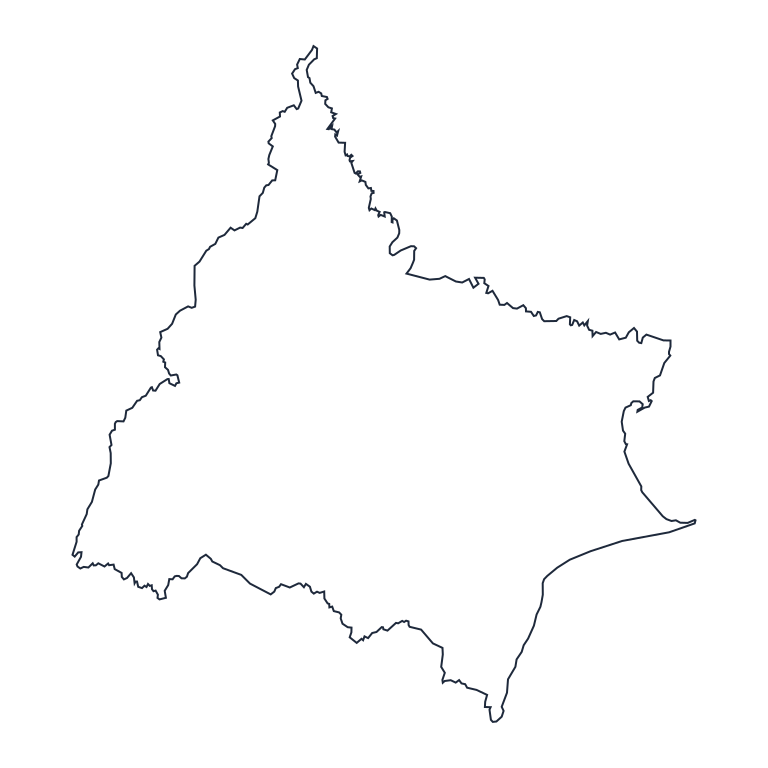 Soanierana Ivongo, Analanjirofo, Madagascar
{"feature_id": "10022922B56427545477040", "entity_name": "Soanierana Ivongo", "entity_type": "district", "adm_level": 2, "iso_a3": "MDG", "parent_name": "Madagascar", "parent_adm1": "Analanjirofo", "projection": "equal_earth", "projection_center": [49.223, -16.67], "detail": "fine", "context": "isolated", "style": "outline", "palette": "slate", "viewbox_px": 768, "rotation_deg": 0, "n_neighbors": 0, "source": "geoboundaries", "source_scale": "gbopen_adm2", "svg_char_len": 6074}
<svg xmlns="http://www.w3.org/2000/svg" viewBox="0 0 768 768"><path d="M313.5,46.1L312.0,49.9L304.8,59.5L299.8,59.0L297.1,64.6L297.8,68.1L295.0,69.2L292.1,73.6L294.2,78.1L297.9,80.5L298.1,86.5L301.5,100.7L298.2,108.5L296.7,109.1L293.8,105.3L287.2,107.8L284.7,111.8L282.7,111.1L279.8,112.5L280.0,116.5L272.8,120.4L275.2,123.9L275.1,126.2L271.3,136.2L271.7,138.1L268.4,141.6L268.7,143.4L272.8,146.4L269.3,155.0L268.4,159.0L268.9,162.9L268.1,164.4L277.3,170.1L275.2,180.3L272.2,180.4L268.5,185.0L266.3,185.3L264.3,187.6L262.8,192.9L259.5,196.3L257.3,211.7L255.3,218.2L247.7,224.5L246.2,223.8L242.6,228.0L240.1,227.6L234.5,230.4L230.6,227.7L224.5,234.9L218.4,237.6L215.3,243.9L210.1,246.8L208.9,249.1L206.3,250.7L199.5,261.6L194.6,265.8L194.4,285.5L195.7,299.7L195.1,306.6L191.7,307.8L188.1,306.4L180.0,310.7L175.8,314.5L172.1,323.8L167.6,328.8L160.2,332.1L161.4,337.6L159.3,342.0L159.5,348.9L158.4,348.3L157.1,349.7L158.0,355.3L160.8,356.1L163.9,359.4L163.3,361.7L165.2,362.5L165.0,367.2L168.0,369.9L169.1,373.5L170.8,375.5L176.3,374.5L177.4,375.3L179.2,382.6L176.4,383.3L175.0,385.9L169.4,383.2L168.7,379.0L167.4,379.1L159.7,384.0L155.5,390.7L153.1,390.5L151.9,387.2L150.9,387.6L145.8,395.7L141.9,397.2L139.8,400.2L137.1,400.8L132.3,407.8L126.3,410.6L125.3,417.7L123.5,421.4L117.2,421.1L115.7,422.1L114.9,423.8L114.9,429.7L112.0,430.7L109.6,434.7L111.5,445.0L109.5,447.1L110.7,453.1L110.8,463.3L108.4,476.0L106.8,477.7L99.0,480.5L98.3,484.6L95.2,489.5L91.9,501.9L87.4,509.3L86.7,514.1L81.9,524.5L82.3,525.9L79.1,530.8L78.7,534.5L76.6,537.1L76.6,541.8L72.5,554.8L74.7,556.6L78.2,552.4L81.5,552.2L81.0,556.8L76.7,564.5L77.5,566.5L80.3,568.5L83.7,566.9L88.4,567.5L92.7,563.3L93.7,565.4L95.9,565.3L98.3,563.3L104.5,566.5L108.1,563.5L109.1,565.2L113.6,564.6L114.7,569.1L121.6,572.9L121.8,576.9L123.9,579.4L127.0,578.0L131.1,573.2L133.9,577.4L134.6,583.3L135.6,581.5L137.0,581.5L138.2,586.8L142.0,588.1L144.5,585.7L146.5,587.0L148.0,584.0L149.8,585.9L151.7,585.3L152.0,589.2L153.5,591.2L155.6,590.6L157.9,594.7L157.5,597.9L159.5,599.4L165.9,597.8L164.7,590.8L168.2,585.1L169.3,579.1L172.6,579.3L174.7,576.4L176.5,575.9L178.9,576.0L181.5,578.3L184.8,578.4L186.9,576.7L188.1,573.1L197.1,564.2L200.3,558.2L205.9,554.7L210.8,558.8L212.3,561.5L220.0,565.2L223.0,568.2L241.3,574.9L250.0,583.6L270.7,594.4L274.3,591.6L275.8,588.1L279.1,586.8L281.0,584.2L289.8,587.5L298.5,583.4L300.5,583.6L303.9,587.2L305.9,583.9L309.9,586.7L311.4,591.6L313.8,593.6L317.0,591.7L319.7,592.9L324.2,591.5L324.4,598.5L327.6,603.4L329.2,603.9L329.4,607.4L332.2,606.6L333.8,611.1L339.1,612.4L341.3,614.7L340.7,618.4L342.5,623.7L347.7,627.2L351.5,627.6L351.4,632.3L349.7,637.3L356.7,642.9L361.5,638.8L363.1,640.2L364.5,636.4L368.1,638.1L372.2,633.0L376.5,632.0L381.7,627.1L383.0,627.3L383.4,629.3L387.5,630.6L396.0,622.9L398.2,623.3L402.2,620.9L404.1,622.0L406.1,620.7L408.5,621.4L408.6,625.0L409.6,626.8L421.1,629.6L432.9,643.4L442.5,647.9L442.8,654.5L441.2,666.9L444.8,672.8L442.4,679.9L442.8,682.7L444.7,681.0L450.7,680.2L455.7,682.6L459.1,680.1L461.5,683.4L465.2,684.2L467.1,687.7L476.5,689.9L487.1,694.9L485.2,701.7L484.9,707.0L490.6,707.2L489.5,709.7L490.9,719.8L492.8,721.9L496.4,721.5L501.7,716.7L503.6,710.9L501.7,706.8L507.0,692.7L508.0,679.3L515.4,666.8L516.6,659.4L521.7,651.9L523.7,645.2L528.1,638.6L533.9,625.7L536.6,614.5L540.4,606.8L541.5,602.1L542.8,594.7L542.7,583.2L544.1,579.2L547.3,575.9L557.2,567.7L569.8,559.7L590.6,551.2L622.0,541.0L669.1,532.3L694.7,523.4L695.5,520.3L694.8,519.9L687.7,522.9L680.3,522.7L675.9,520.3L671.5,521.0L666.4,519.1L662.8,516.3L642.3,492.3L641.2,490.1L641.3,486.4L628.6,463.7L624.4,451.6L627.1,444.3L625.8,444.1L624.3,441.2L625.2,433.7L623.0,430.6L621.7,421.7L623.8,411.1L625.5,407.6L630.8,405.2L631.3,403.1L633.3,401.3L639.5,401.4L642.7,404.2L642.2,407.5L637.7,409.9L637.4,411.7L644.7,407.6L649.0,406.6L651.7,401.1L650.7,400.2L648.9,401.0L647.7,396.9L653.1,392.7L653.5,381.5L654.8,378.0L660.0,375.4L664.3,363.0L670.3,355.6L669.0,354.0L669.0,351.8L670.5,346.6L670.5,340.5L663.5,340.4L646.4,334.6L642.8,337.6L641.3,343.1L639.1,342.7L637.2,340.7L637.0,331.6L634.0,328.0L628.8,332.3L625.8,337.7L619.2,339.4L615.1,332.5L610.1,334.6L605.9,332.8L600.7,333.9L596.1,332.0L592.6,336.1L592.4,330.7L589.1,329.8L587.1,325.6L587.8,321.1L584.3,325.4L582.8,322.5L579.2,325.6L577.1,321.3L574.2,320.0L572.2,324.9L570.8,325.3L569.9,324.3L570.2,317.3L566.7,316.1L558.5,318.7L556.3,321.0L544.2,321.2L542.1,319.1L539.8,312.3L537.8,311.9L536.1,315.4L533.8,316.0L531.0,311.8L526.0,311.4L525.9,308.2L523.3,305.2L517.0,308.6L513.0,308.1L507.0,303.0L504.4,304.9L499.7,304.7L498.1,300.0L492.5,290.8L488.1,293.3L486.3,292.9L488.5,286.0L484.3,283.2L484.7,279.4L483.8,277.9L475.1,277.7L478.5,283.8L473.4,287.7L469.0,279.0L462.2,282.5L455.9,281.5L445.2,276.1L439.5,278.8L429.6,279.6L406.5,273.6L410.6,268.2L413.0,262.6L414.1,259.7L414.2,250.9L416.1,248.2L414.1,246.3L410.9,246.2L400.7,250.5L394.2,254.9L392.6,255.3L389.8,253.2L389.7,246.5L392.4,242.2L397.4,237.6L399.2,233.3L399.3,230.0L396.9,220.5L393.8,218.3L392.5,219.7L392.5,222.4L391.7,222.1L391.8,216.6L390.2,213.2L384.9,212.0L384.2,212.3L384.7,216.5L380.7,214.9L378.6,216.5L378.2,215.1L379.6,211.9L376.7,210.6L375.5,208.4L374.8,210.1L371.3,208.5L369.5,210.2L368.8,207.9L370.8,199.0L370.5,196.4L371.7,193.3L373.6,192.9L373.5,191.0L371.4,190.9L370.9,188.0L368.4,188.4L365.8,184.9L365.4,181.9L361.8,180.4L359.7,181.4L361.2,176.4L359.7,176.8L357.5,174.3L360.3,172.9L359.9,171.4L357.9,171.3L355.7,173.5L354.6,172.9L351.3,162.8L352.7,161.0L349.9,161.3L349.5,160.0L350.2,157.6L352.5,156.0L351.3,154.8L349.6,156.4L347.5,156.0L347.1,154.5L345.6,155.3L344.6,151.8L345.1,142.8L338.6,142.6L335.1,136.6L335.3,134.5L337.0,135.6L338.2,131.0L336.6,132.5L334.4,129.6L331.5,129.1L332.1,125.9L328.8,129.2L327.4,129.0L335.1,118.5L333.2,118.1L332.6,116.0L335.9,114.0L331.2,112.3L331.9,108.4L328.4,107.3L325.2,103.9L325.4,100.3L327.6,98.9L326.9,97.0L321.8,96.0L321.2,93.4L318.6,91.8L315.7,92.9L313.5,86.2L310.3,82.7L309.5,78.1L308.0,77.1L306.7,69.9L308.9,64.7L314.2,59.3L316.8,58.2L317.1,48.5L313.5,46.1Z" fill="none" stroke="#1e293b" stroke-width="2"/></svg>